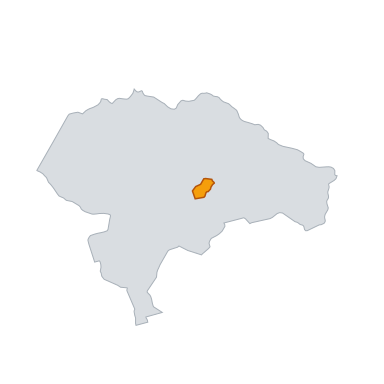 Tonj East, Warrap, South Sudan shown in context, rotated 165°
{"feature_id": "79223893B19595025939095", "entity_name": "Tonj East", "entity_type": "district", "adm_level": 2, "iso_a3": "SSD", "parent_name": "South Sudan", "parent_adm1": "Warrap", "projection": "orthographic", "projection_center": [29.157, 7.837], "detail": "fine", "context": "in_parent", "style": "filled", "palette": "amber", "viewbox_px": 384, "rotation_deg": 165, "n_neighbors": 0, "source": "geoboundaries", "source_scale": "gbopen_adm2", "svg_char_len": 3966}
<svg xmlns="http://www.w3.org/2000/svg" viewBox="0 0 384 384"><g transform="rotate(165 192 192)"><path d="M303.0,286.7L292.4,297.5L291.7,298.1L290.4,299.0L286.1,299.0L281.6,298.6L277.5,295.8L273.4,298.0L270.8,298.7L269.2,299.0L265.5,299.3L260.3,300.5L257.9,302.0L256.7,303.1L255.6,305.2L255.1,305.4L254.1,305.2L252.8,304.4L250.0,303.2L248.6,300.5L247.3,298.9L246.2,298.1L241.8,300.8L239.7,301.4L238.0,301.3L234.7,299.9L231.2,298.6L229.4,298.6L226.7,300.2L223.6,302.6L222.0,305.0L221.2,306.4L220.1,304.2L219.1,302.9L217.6,302.4L214.6,302.9L213.9,302.2L213.8,300.3L213.3,298.7L212.6,297.4L210.3,296.2L204.4,293.6L199.8,288.5L197.6,286.1L195.9,284.6L193.5,280.6L190.8,277.8L187.6,276.5L185.4,277.2L183.2,280.1L179.0,282.9L177.1,283.0L174.7,281.5L171.6,280.4L166.0,280.0L163.8,281.3L160.8,283.4L158.2,284.7L156.6,284.8L155.2,284.3L153.5,284.0L152.1,284.0L149.1,282.0L147.6,280.6L146.6,279.2L144.9,278.3L142.9,277.5L141.5,276.3L140.8,274.7L139.7,272.8L138.3,271.0L133.8,267.8L132.5,265.9L131.5,264.1L129.7,262.0L127.7,259.3L127.1,255.4L127.0,252.2L126.6,250.7L125.8,249.2L124.8,248.0L123.2,246.6L119.6,244.5L115.8,242.1L114.0,240.7L110.5,240.2L108.5,238.8L106.7,235.8L106.1,233.4L104.3,231.6L103.6,230.2L103.2,228.7L104.6,224.0L102.6,222.3L99.6,220.1L97.5,217.7L96.2,215.5L92.4,212.6L84.0,208.3L79.2,205.5L76.6,203.0L74.4,200.6L74.1,199.6L75.6,197.2L75.9,195.2L74.7,193.0L69.7,188.9L65.8,184.3L62.8,182.9L55.6,181.5L53.5,181.0L51.3,180.1L49.2,178.1L48.5,175.6L49.6,171.8L48.9,170.6L47.7,170.3L48.1,169.5L49.5,167.6L51.7,166.4L57.7,164.6L58.1,163.9L58.2,161.5L58.7,160.3L60.8,157.0L61.1,155.7L61.2,152.8L61.5,151.5L62.1,150.5L63.8,148.9L64.4,147.9L64.7,145.7L64.5,141.4L65.4,139.7L69.2,135.9L70.2,134.1L70.6,132.6L70.6,131.0L70.8,129.4L72.0,127.9L72.9,127.5L75.7,127.0L77.6,127.3L90.8,124.8L92.3,125.2L93.0,126.7L92.9,129.3L93.1,130.5L93.8,131.4L95.9,132.6L97.4,134.6L98.1,135.4L100.2,136.7L110.0,148.3L112.7,149.4L115.4,149.1L120.8,146.7L123.5,146.1L142.2,146.9L144.3,146.5L147.3,152.3L148.6,153.7L169.2,153.8L168.8,152.1L169.1,150.3L172.7,146.7L173.2,146.3L176.4,144.6L179.5,143.5L185.4,142.2L187.6,140.1L188.8,138.2L188.8,134.4L189.6,133.8L191.0,132.9L197.9,129.6L199.1,128.8L211.2,136.6L218.1,142.8L218.5,143.1L218.9,143.2L219.2,143.0L219.5,142.7L220.4,142.4L223.3,142.3L228.8,142.0L230.6,141.2L241.6,130.1L244.4,126.6L245.1,125.9L246.7,123.4L248.3,119.0L248.7,118.6L260.7,108.1L261.1,107.3L261.2,106.7L259.3,103.2L258.9,101.4L258.8,98.7L259.1,94.5L259.0,91.8L258.8,91.1L258.7,90.9L251.9,83.4L268.9,83.2L268.9,82.2L268.9,81.9L268.5,81.0L268.3,79.8L268.3,79.1L268.4,78.5L268.4,78.2L268.4,77.9L268.4,77.7L280.6,77.7L280.5,79.8L279.1,84.9L279.2,87.9L278.9,91.4L278.5,92.4L277.9,93.2L277.6,93.7L277.6,94.0L280.4,113.4L280.3,114.2L279.6,115.4L279.4,115.8L279.4,116.1L279.7,116.3L285.4,118.4L285.6,118.5L285.8,118.7L287.9,121.1L299.2,130.2L299.6,130.7L300.8,133.6L300.9,134.0L300.9,134.7L300.9,135.2L300.7,137.0L300.8,137.7L301.0,138.3L301.1,138.9L301.1,139.0L301.0,139.5L299.4,142.8L298.9,145.2L298.8,147.2L298.9,148.4L299.1,149.1L299.3,149.4L299.4,149.5L304.2,149.5L304.2,150.5L305.1,168.0L305.1,170.0L305.0,172.5L304.4,173.5L303.1,174.9L301.4,176.2L297.0,176.5L293.4,176.5L290.8,176.3L287.3,176.2L284.0,176.5L282.8,177.6L278.5,187.0L277.2,189.3L276.8,190.7L277.3,191.5L279.0,192.6L282.8,194.2L287.1,195.2L290.3,195.6L292.5,196.0L294.2,196.5L300.3,200.6L302.3,202.6L303.4,204.3L303.7,206.2L304.6,208.0L310.2,213.8L315.6,216.5L317.6,219.5L319.6,221.0L321.5,222.6L322.5,225.0L324.9,232.0L326.5,235.7L328.1,238.6L328.8,243.5L330.1,245.7L331.4,248.3L333.6,250.7L335.9,252.5L336.3,253.0L313.4,276.1L303.0,286.7Z" fill="#d9dde1" stroke="#a8b0b8" stroke-width="1"/><path d="M177.6,201.3L181.7,197.2L187.0,196.3L191.3,192.9L190.7,184.6L181.9,183.8L180.7,184.5L178.6,187.8L177.5,188.4L176.3,188.2L173.4,190.0L172.5,191.7L170.3,193.8L168.2,194.8L168.2,195.5L169.4,197.5L169.6,199.1L175.4,201.5L177.2,201.7L177.6,201.3Z" fill="#f59e0b" stroke="#b45309" stroke-width="1.5"/></g></svg>